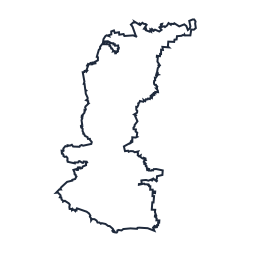 San Andrés Tuxtla, Veracruz, Mexico (Albers equal-area conic projection), rotated 174°
{"feature_id": "50627088B42762923799593", "entity_name": "San Andrés Tuxtla", "entity_type": "district", "adm_level": 2, "iso_a3": "MEX", "parent_name": "Mexico", "parent_adm1": "Veracruz", "projection": "albers", "projection_center": [-95.222, 18.463], "detail": "fine", "context": "isolated", "style": "outline", "palette": "slate", "viewbox_px": 256, "rotation_deg": 174, "n_neighbors": 0, "source": "geoboundaries", "source_scale": "gbopen_adm2", "svg_char_len": 5881}
<svg xmlns="http://www.w3.org/2000/svg" viewBox="0 0 256 256"><g transform="rotate(174 128 128)"><path d="M97.9,82.2L104.1,84.2L106.7,84.4L107.6,83.2L108.6,83.7L109.3,83.2L111.5,83.5L111.2,85.0L111.9,85.3L111.9,84.0L113.3,84.1L113.6,88.2L114.3,88.3L114.3,90.1L115.6,90.6L115.4,91.5L114.8,91.5L115.9,92.7L115.2,93.9L114.0,94.1L115.2,95.6L113.8,95.3L113.8,95.9L115.1,96.5L115.1,95.8L116.7,96.2L118.9,98.1L118.4,99.4L120.1,98.7L121.2,100.0L120.7,101.4L121.1,102.4L120.3,103.6L123.9,103.2L125.4,104.4L128.3,104.8L129.8,104.3L130.3,105.4L133.4,105.3L134.0,110.1L127.1,113.0L126.7,113.9L126.1,113.8L126.4,113.1L125.6,113.5L126.3,114.7L125.4,115.5L125.0,115.1L124.7,118.3L121.4,117.7L119.7,118.3L120.2,118.7L119.3,122.4L120.8,123.7L120.3,125.7L122.6,126.2L122.6,127.6L121.3,129.0L121.1,130.3L117.9,133.7L119.6,139.0L118.8,139.7L120.5,140.8L117.4,142.3L117.0,144.0L117.8,145.2L117.6,148.2L116.5,148.0L115.2,150.0L115.3,151.4L114.2,151.9L113.3,153.6L110.0,152.5L109.1,153.2L109.3,154.1L108.0,153.0L107.1,154.7L105.5,154.4L105.0,155.2L103.2,154.5L102.4,156.2L101.1,155.3L100.9,156.2L102.0,157.6L100.0,159.0L99.4,158.9L99.4,157.8L98.5,158.1L99.2,159.5L98.8,160.1L97.1,159.6L97.1,161.0L94.4,160.5L94.5,162.3L95.8,164.3L95.0,164.2L94.9,165.8L94.0,166.6L95.3,166.3L95.7,168.0L96.8,168.1L97.4,169.0L97.4,170.7L97.0,172.2L96.0,172.6L96.0,175.2L95.2,175.0L93.7,176.8L94.6,177.5L94.1,178.7L93.4,177.9L92.2,178.0L93.0,178.6L92.6,179.7L93.2,180.7L92.1,184.5L90.6,185.9L91.1,187.0L89.9,187.2L91.8,191.0L90.9,195.4L91.9,195.7L91.7,196.8L88.7,196.1L88.3,198.3L87.4,198.1L86.9,202.4L85.1,202.0L85.3,205.1L78.9,203.9L79.8,204.9L78.9,209.7L73.1,208.8L72.5,211.0L70.4,211.0L69.7,214.2L65.0,214.1L64.1,214.7L62.5,214.4L62.1,215.1L61.7,214.1L56.3,213.6L54.8,219.3L52.2,218.9L50.1,220.3L50.3,224.9L49.7,226.9L50.8,229.0L52.3,229.2L55.9,228.1L55.3,222.5L56.3,220.5L58.2,219.2L59.3,223.3L61.2,225.2L66.4,223.7L71.0,227.3L71.6,226.6L74.1,227.1L74.6,226.2L76.7,228.1L78.4,225.9L80.7,224.5L81.5,225.4L83.9,225.0L84.2,226.0L83.2,228.0L84.2,227.9L84.7,227.2L84.3,225.9L86.2,224.9L84.4,222.1L86.8,220.7L90.9,223.0L92.5,221.8L93.5,222.4L93.2,223.2L93.8,223.9L94.3,223.1L95.3,223.7L95.1,221.6L96.0,222.4L96.5,221.6L100.1,223.4L100.1,224.1L99.6,224.1L99.9,225.6L100.3,224.6L101.7,225.0L98.7,228.7L99.6,229.6L101.4,229.9L102.7,231.1L105.2,229.1L105.9,229.6L105.0,231.3L106.5,230.1L110.3,233.0L110.0,232.2L111.7,232.4L114.3,230.5L112.9,228.3L110.6,218.8L109.6,217.7L113.2,219.6L122.0,219.9L122.6,221.9L126.9,221.7L127.0,224.2L131.2,223.9L131.8,226.5L134.6,225.8L134.8,222.8L137.6,222.3L137.2,221.3L139.6,222.4L140.9,221.7L143.1,218.9L143.9,215.7L142.0,215.8L141.9,216.5L139.4,216.4L139.7,215.5L137.9,215.7L136.5,214.7L136.7,214.2L133.7,213.8L133.7,212.6L132.4,212.7L132.3,211.2L129.2,211.1L129.2,209.2L128.7,208.7L129.1,207.6L129.9,207.7L129.9,205.6L130.7,205.6L130.7,204.7L132.2,204.6L132.2,203.6L132.9,203.6L133.0,205.5L132.3,206.0L134.9,205.7L134.5,206.4L135.6,208.8L136.3,208.8L137.1,211.5L138.7,211.8L137.3,211.9L137.9,213.2L145.0,214.1L147.3,211.6L147.4,209.8L148.8,208.9L151.6,202.0L150.5,201.5L150.9,198.4L153.7,197.4L153.6,195.7L155.1,195.6L155.1,196.8L156.6,196.8L156.9,195.1L157.7,195.1L157.5,196.0L158.5,196.6L160.1,195.3L161.0,195.9L162.2,194.3L161.3,193.8L163.1,190.2L162.4,189.5L163.3,188.6L163.5,189.4L165.2,189.3L165.5,188.2L167.2,188.2L166.5,178.6L167.4,176.5L166.6,176.3L166.5,170.6L165.6,169.6L166.4,169.3L166.4,166.5L165.0,162.4L165.1,161.0L166.7,160.0L164.8,158.9L165.1,157.0L164.5,156.6L168.0,153.9L168.5,152.8L168.0,151.0L168.9,149.7L169.4,150.1L169.7,147.8L171.5,146.0L172.0,144.3L172.7,144.8L173.1,143.1L172.5,142.1L173.4,140.7L173.2,136.0L174.6,135.0L174.5,133.7L173.6,133.8L174.0,133.1L173.2,132.0L173.5,129.7L172.7,127.6L173.1,127.0L172.1,126.3L171.8,124.8L169.2,123.1L169.0,121.4L167.1,121.2L167.2,120.4L165.5,117.8L166.2,116.0L174.5,115.1L175.8,115.9L177.6,115.3L178.2,114.4L184.5,115.3L185.6,117.2L187.6,116.5L189.7,117.1L189.6,116.4L190.6,116.1L192.2,116.5L194.4,114.4L194.6,113.7L194.4,112.5L194.6,112.0L196.4,112.4L196.4,109.6L195.8,109.7L194.9,107.8L195.2,107.0L194.1,105.9L192.3,106.0L191.3,104.3L191.6,102.2L192.5,101.9L191.5,101.8L191.5,100.7L184.6,98.4L184.5,99.3L181.3,98.9L181.3,98.3L180.5,100.0L179.5,100.1L177.0,98.1L176.0,98.1L175.6,99.3L172.6,98.8L172.3,98.1L173.4,97.9L173.6,95.4L177.1,94.4L177.9,92.9L179.6,92.7L179.8,93.8L180.6,93.9L181.5,93.1L181.3,94.0L182.0,94.0L182.2,93.3L181.6,93.2L182.2,91.5L183.5,91.7L183.5,92.6L186.7,92.0L185.8,89.2L186.0,87.9L185.0,87.1L185.2,86.2L184.3,85.2L185.9,82.8L188.8,82.3L188.9,81.5L194.2,80.8L200.4,76.2L201.6,74.8L201.2,73.9L202.7,74.1L206.3,71.1L204.5,71.1L202.2,68.3L202.1,67.5L203.0,66.2L201.6,65.8L201.5,63.7L200.1,62.4L200.2,61.6L198.4,62.2L194.7,59.2L193.9,57.8L194.6,55.6L194.5,53.6L192.6,53.4L192.4,52.3L191.7,53.1L191.5,52.3L190.5,52.5L189.1,50.9L188.6,52.0L187.8,51.5L187.1,53.4L177.9,49.1L175.7,47.1L174.6,44.8L175.2,43.8L174.2,42.1L174.3,40.0L173.3,41.2L170.8,40.8L168.9,39.2L168.2,37.2L166.3,37.0L165.0,35.6L164.1,36.1L160.4,34.9L157.9,32.6L156.5,32.4L153.6,29.3L153.4,28.3L154.3,27.4L153.8,26.4L153.0,26.0L152.4,26.8L151.7,25.5L150.2,25.2L149.4,26.0L149.3,27.2L148.1,27.6L145.1,26.8L143.2,28.0L136.0,27.9L129.5,26.8L129.0,27.7L127.3,27.7L118.9,26.3L112.5,23.0L113.5,26.3L111.8,27.9L111.0,27.5L111.3,26.3L109.6,26.4L109.2,28.4L108.2,28.2L107.9,30.8L106.9,30.6L106.5,32.8L109.4,33.2L108.9,35.1L109.9,36.3L109.4,37.1L110.5,37.3L110.3,38.2L109.2,38.1L110.0,41.6L109.5,43.8L112.9,44.3L111.6,51.5L110.4,51.3L109.4,56.5L109.2,57.5L110.8,57.7L110.3,60.8L107.9,60.4L107.6,62.0L110.0,62.4L109.9,64.1L112.4,64.3L111.9,67.7L113.1,67.9L113.0,68.9L113.8,69.1L113.7,69.8L117.3,70.3L117.8,71.0L123.1,70.4L123.0,71.1L120.1,71.1L120.2,74.4L119.6,74.5L115.4,74.4L113.2,73.5L109.5,74.5L109.9,72.6L108.1,75.0L105.2,72.0L104.7,72.4L105.5,73.7L104.6,74.6L104.2,77.0L98.7,77.7L97.9,82.2Z" fill="none" stroke="#1e293b" stroke-width="2"/></g></svg>